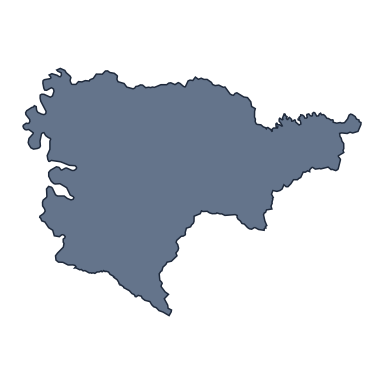 Linakeng, Thaba-Tseka, Lesotho
{"feature_id": "5366337B53729511602766", "entity_name": "Linakeng", "entity_type": "district", "adm_level": 2, "iso_a3": "LSO", "parent_name": "Lesotho", "parent_adm1": "Thaba-Tseka", "projection": "orthographic", "projection_center": [28.976, -29.679], "detail": "fine", "context": "isolated", "style": "filled", "palette": "slate", "viewbox_px": 384, "rotation_deg": 0, "n_neighbors": 0, "source": "geoboundaries", "source_scale": "gbopen_adm2", "svg_char_len": 5854}
<svg xmlns="http://www.w3.org/2000/svg" viewBox="0 0 384 384"><path d="M169.1,315.6L171.2,311.8L171.5,310.0L168.1,308.3L167.7,305.1L164.3,298.8L168.5,294.3L165.1,291.9L161.1,286.6L161.3,285.1L162.2,283.5L161.8,282.4L159.8,280.2L159.2,273.8L160.9,271.3L161.9,270.8L162.9,267.2L165.9,264.4L167.0,262.2L171.4,261.2L177.0,255.8L175.9,253.0L177.9,250.5L178.6,248.2L177.7,244.6L176.1,242.4L176.7,240.4L181.2,236.3L183.2,236.1L185.1,235.0L185.4,234.1L185.2,232.5L186.4,228.2L190.6,226.8L191.5,225.0L193.4,223.1L194.0,221.3L194.1,216.2L200.2,213.7L201.5,210.9L202.9,211.5L207.2,211.3L209.4,212.8L212.2,213.7L216.0,213.6L216.9,212.9L219.9,213.9L221.7,213.8L224.9,215.4L235.2,214.6L237.2,215.5L237.0,217.2L238.0,219.1L240.4,221.0L241.9,223.4L244.4,224.1L247.5,227.5L249.4,228.8L251.7,229.2L254.1,227.7L255.1,227.6L258.6,229.5L264.1,230.3L264.3,228.7L265.2,228.0L265.9,228.0L265.5,226.4L266.8,225.6L264.9,221.1L263.5,214.8L264.4,212.8L265.5,212.5L266.5,209.9L271.9,209.0L271.0,206.1L272.2,203.2L272.0,202.1L272.8,199.3L272.5,198.3L273.3,197.7L271.5,194.2L272.9,190.5L276.9,191.4L280.0,190.5L282.1,189.0L283.9,184.8L286.1,186.7L288.0,186.7L290.9,183.7L293.5,179.7L297.5,179.7L298.7,178.5L300.7,177.5L303.2,172.1L305.3,172.2L307.7,170.8L309.7,171.7L309.7,169.7L311.8,167.5L312.7,167.4L315.3,169.1L319.7,168.5L320.8,168.9L328.1,167.1L331.1,169.6L332.1,169.3L335.8,170.6L337.6,169.6L338.2,168.8L340.4,160.0L340.4,159.2L338.4,156.6L338.4,155.7L343.8,152.5L343.0,150.4L343.8,148.6L343.7,143.5L342.0,141.2L341.1,138.0L340.0,136.5L339.6,133.4L341.7,132.9L347.2,133.5L350.0,132.2L352.7,133.0L358.0,131.4L360.9,124.6L361.0,122.5L359.2,121.7L359.0,120.0L356.5,119.1L355.2,116.6L352.3,114.6L350.6,114.1L349.1,115.1L347.6,118.9L344.5,122.7L341.8,123.1L340.2,122.5L336.7,123.2L333.2,122.2L333.1,120.1L332.6,119.8L330.9,120.0L328.5,118.5L326.8,118.3L325.3,116.1L323.6,114.6L321.5,114.7L320.6,113.2L319.3,114.0L318.5,115.8L316.7,116.1L314.8,112.8L313.8,112.4L312.4,113.4L312.4,115.5L311.8,116.1L310.3,115.7L308.8,113.9L307.0,114.4L306.7,115.0L307.2,117.5L306.2,118.2L304.7,118.0L304.1,116.4L302.6,115.1L300.7,114.8L300.5,116.2L299.0,117.4L299.5,118.7L298.0,119.1L298.2,119.9L300.1,120.5L300.7,122.4L300.9,124.0L299.1,125.0L295.7,122.1L295.2,120.1L294.5,119.9L292.8,121.1L291.7,121.1L291.6,119.4L289.5,117.4L288.4,118.2L287.8,119.5L287.2,119.5L286.3,118.2L287.1,116.8L285.2,115.4L285.2,114.3L284.2,113.9L282.6,117.8L282.9,119.5L282.2,119.8L279.8,118.2L279.2,119.0L279.1,121.1L280.8,123.1L282.3,125.9L281.9,126.1L279.3,124.7L277.6,124.7L277.1,123.3L276.5,123.2L275.9,124.0L276.1,126.7L276.4,127.2L277.7,126.9L277.5,128.0L273.5,128.0L272.1,129.3L272.3,131.1L271.8,131.3L270.6,129.4L267.9,127.5L266.9,127.7L266.3,128.8L265.3,127.6L263.3,126.9L260.9,124.8L257.2,124.4L256.2,123.8L255.2,121.6L255.4,119.1L254.5,117.1L254.6,111.3L255.3,108.6L251.6,106.5L250.8,101.8L247.5,97.6L243.8,97.0L236.9,92.8L235.1,93.4L233.5,95.3L231.9,95.0L230.1,94.0L225.0,87.0L223.2,87.3L218.8,85.1L215.1,85.6L212.6,84.5L211.4,82.4L207.1,79.4L203.9,79.4L201.2,78.2L198.4,79.3L195.4,77.1L192.8,80.5L190.0,80.1L188.1,80.9L185.4,86.7L184.9,86.9L183.5,86.4L180.0,83.4L178.2,82.6L175.0,84.6L170.8,82.8L168.7,83.1L166.7,84.7L160.9,84.7L154.4,87.4L152.3,87.0L150.8,87.6L148.5,87.2L145.7,87.7L142.6,85.1L140.4,84.9L138.1,86.1L135.8,86.5L134.7,88.1L133.1,88.8L126.8,87.1L124.1,83.5L118.0,81.7L116.9,79.3L117.4,76.1L117.0,75.5L114.3,73.3L109.8,72.5L107.7,70.9L105.4,71.0L102.3,74.2L96.3,74.1L93.3,78.4L90.0,79.7L89.2,81.0L85.3,80.6L81.9,81.9L78.5,81.6L75.9,84.4L72.2,84.4L71.6,84.1L70.5,82.1L70.1,80.2L70.9,77.6L70.1,76.1L66.2,72.7L64.8,70.4L60.3,68.4L56.7,70.0L57.8,71.2L61.2,72.8L61.4,75.2L60.4,76.7L59.0,76.6L57.2,75.3L51.9,73.7L49.1,75.0L50.8,77.0L50.9,77.9L49.9,78.7L44.7,79.6L43.5,80.2L43.0,80.9L42.9,83.4L43.8,88.1L44.7,90.1L46.6,90.3L51.4,87.7L53.4,88.9L54.0,91.2L52.5,95.9L50.3,97.2L44.0,94.3L41.7,94.2L40.2,95.1L40.1,98.2L40.8,101.3L46.1,111.4L45.8,113.4L44.8,114.3L43.8,114.6L41.5,114.1L37.8,112.3L36.6,110.3L36.2,106.6L34.3,105.7L33.6,106.9L31.7,107.5L26.7,110.7L25.6,112.7L25.9,114.6L29.7,119.5L29.9,121.4L29.1,123.0L28.1,123.5L26.2,123.2L23.4,125.2L23.0,126.2L23.6,128.1L25.1,129.6L26.3,129.9L28.8,129.5L33.3,132.8L33.2,133.6L29.0,138.4L28.2,142.5L28.8,144.4L30.9,147.8L33.5,149.1L37.4,148.5L39.5,147.6L40.4,146.0L40.0,141.1L41.5,133.8L42.5,132.9L43.9,132.6L45.7,135.6L48.2,137.5L50.3,138.4L50.7,139.1L49.9,141.2L49.9,149.3L47.2,155.6L47.8,159.3L48.8,161.3L49.6,161.4L51.3,160.4L60.6,161.8L69.3,165.3L75.0,165.7L76.1,166.6L76.6,167.7L76.3,168.8L74.3,170.4L72.1,170.5L66.6,168.0L65.4,168.1L61.8,170.1L61.1,170.0L59.0,167.4L56.4,166.8L50.5,170.2L48.7,172.4L48.7,176.2L51.0,180.9L51.9,181.9L53.7,183.5L55.1,184.0L60.0,183.7L66.7,187.7L70.2,195.0L73.2,196.6L73.9,197.7L73.1,199.3L71.0,199.9L67.4,198.5L64.2,196.0L57.5,196.0L55.5,194.8L52.4,188.2L51.4,187.2L48.6,186.4L46.5,189.0L46.9,196.3L46.5,197.4L43.2,200.1L42.5,202.3L42.6,205.9L44.5,208.8L45.2,211.1L43.6,213.5L39.9,216.2L39.7,217.4L40.7,218.2L41.7,220.8L44.9,222.0L48.7,227.7L52.7,230.2L54.3,235.8L59.4,236.7L61.7,234.8L62.7,234.7L63.8,235.0L65.2,236.5L64.8,237.9L63.2,239.1L63.2,242.1L64.0,243.5L63.3,247.2L57.6,253.0L55.5,255.8L56.0,260.1L58.4,262.1L62.9,262.3L68.1,265.0L72.9,264.9L74.9,265.4L75.9,266.5L74.6,268.0L76.0,267.9L79.7,269.8L81.3,269.5L83.1,270.9L85.0,270.6L89.2,272.9L91.1,272.8L91.7,273.2L93.1,272.8L94.9,273.4L97.0,272.0L99.3,271.9L101.2,271.0L101.8,271.7L102.6,271.7L103.6,270.6L105.1,271.6L105.9,271.2L108.5,272.0L110.1,274.4L113.1,276.0L113.5,276.9L114.3,277.1L114.1,277.6L117.1,279.7L118.6,282.1L119.1,283.9L119.8,284.1L120.1,285.1L121.0,285.0L123.6,286.8L123.7,287.6L129.4,290.7L132.0,293.6L134.0,294.5L135.1,295.9L135.1,296.5L136.1,296.8L138.2,295.4L141.3,296.2L142.2,298.2L144.9,300.3L149.9,301.6L151.7,304.7L153.6,306.7L156.3,307.7L159.0,310.6L162.9,312.0L169.1,315.6Z" fill="#64748b" stroke="#1e293b" stroke-width="1.5"/></svg>